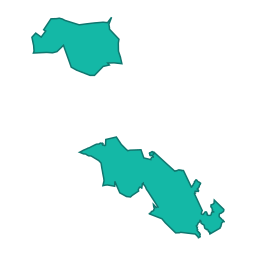 outline of Nejapa de Madero, Oaxaca, Mexico, rotated 89°
{"feature_id": "50627088B21125637021022", "entity_name": "Nejapa de Madero", "entity_type": "district", "adm_level": 2, "iso_a3": "MEX", "parent_name": "Mexico", "parent_adm1": "Oaxaca", "projection": "mercator", "projection_center": [-95.677, 16.669], "detail": "fine", "context": "isolated", "style": "filled", "palette": "teal", "viewbox_px": 256, "rotation_deg": 89, "n_neighbors": 0, "source": "geoboundaries", "source_scale": "gbopen_adm2", "svg_char_len": 5591}
<svg xmlns="http://www.w3.org/2000/svg" viewBox="0 0 256 256"><g transform="rotate(89 128 128)"><path d="M223.3,33.5L223.2,33.5L222.8,34.1L222.5,34.3L221.9,34.5L221.8,34.9L221.7,35.2L221.3,35.6L220.7,36.0L218.4,38.3L218.0,38.4L217.1,38.4L216.6,38.4L215.9,38.2L215.4,38.0L215.2,37.7L215.0,37.1L214.9,36.7L214.5,35.9L213.8,35.1L213.4,34.3L212.9,33.9L212.3,33.7L211.9,33.7L211.1,33.6L201.6,43.0L204.7,43.3L205.1,43.8L205.7,44.5L205.9,44.7L206.0,45.0L206.1,45.7L206.2,45.9L206.3,46.3L206.7,46.4L207.3,46.3L207.7,46.5L208.0,46.5L208.6,46.3L208.8,46.0L209.1,45.7L209.4,45.5L209.6,45.4L210.1,45.4L210.4,45.4L210.6,45.2L210.8,45.0L211.1,44.9L211.5,44.9L212.2,45.2L212.6,45.3L212.8,45.2L213.0,45.0L213.1,44.8L213.1,44.1L213.3,43.9L213.6,44.8L213.8,45.5L214.1,45.9L214.8,46.1L215.1,46.2L216.0,46.4L216.4,46.7L216.7,47.0L216.8,47.3L216.8,47.7L216.8,48.8L216.7,49.2L216.7,49.6L216.4,50.1L216.3,50.3L216.0,50.4L215.9,50.3L215.6,50.2L215.5,50.4L215.3,50.5L215.0,50.4L213.4,51.0L213.3,51.4L213.2,51.9L213.3,52.4L213.6,52.6L214.8,53.6L215.2,53.9L215.7,54.2L215.8,54.5L215.8,54.8L215.6,55.1L215.5,55.3L215.4,55.5L215.4,55.8L215.4,56.0L215.0,56.2L213.8,55.9L213.4,55.9L212.9,55.7L212.4,55.5L211.9,55.2L194.9,62.7L194.7,62.7L194.2,62.3L194.2,62.1L193.9,62.3L193.1,62.1L192.4,61.9L192.5,61.5L192.5,61.3L192.4,61.1L192.7,60.8L192.7,60.6L192.6,60.4L192.7,60.2L192.3,59.4L192.4,59.2L192.3,58.8L192.4,58.7L192.0,58.5L190.6,59.2L190.5,59.3L190.2,59.8L189.8,59.5L189.5,59.0L188.0,57.9L186.6,57.6L185.6,56.8L184.5,56.4L183.8,57.3L183.5,57.6L183.2,58.4L182.8,59.0L182.2,59.5L181.2,60.3L181.0,60.9L182.1,61.8L182.8,62.5L183.5,62.4L184.0,62.7L184.6,63.2L185.3,63.6L185.8,63.8L186.0,63.9L186.4,64.2L186.6,64.3L186.7,64.5L186.8,64.5L187.2,64.8L187.3,64.9L187.5,64.9L187.8,65.1L188.0,65.3L188.2,65.7L171.7,73.2L171.3,73.8L171.6,74.9L171.5,75.4L171.1,75.5L171.0,76.0L171.0,76.7L171.1,77.2L170.7,77.7L170.8,78.0L171.1,79.0L171.5,79.7L171.5,79.9L171.5,80.6L171.8,80.8L171.7,81.5L171.9,81.6L171.9,82.1L164.2,90.3L152.7,102.4L152.9,102.5L153.0,102.6L153.5,102.5L153.8,102.6L154.1,102.6L154.6,102.8L154.6,103.0L153.8,103.0L153.5,103.1L152.7,103.4L152.5,103.5L152.2,103.9L152.0,104.3L152.5,105.2L152.8,105.6L153.1,106.2L153.1,106.5L153.2,106.8L153.4,106.9L153.5,107.0L153.8,107.0L154.9,106.6L155.2,106.7L155.5,106.6L155.9,106.4L156.0,106.2L156.1,105.8L155.9,105.2L155.8,104.6L155.8,104.2L156.3,103.8L156.4,103.6L156.8,103.4L157.1,103.2L157.5,103.2L157.6,103.3L157.5,104.0L157.7,104.6L157.8,104.7L157.9,104.9L158.2,105.1L158.4,105.1L158.8,105.4L159.5,105.8L160.0,105.8L158.2,112.7L150.0,115.4L150.2,126.3L150.7,128.6L149.2,130.3L144.3,135.0L136.8,139.8L139.1,150.4L144.8,150.8L145.0,151.1L145.2,151.5L145.2,151.8L145.1,152.1L144.8,152.3L144.7,152.5L144.6,153.6L143.9,153.7L143.7,153.7L143.3,153.3L142.9,153.6L142.7,153.9L142.7,154.1L143.1,154.3L143.1,154.6L142.9,154.9L142.7,155.4L142.6,155.8L142.8,156.3L143.5,157.2L143.6,159.4L143.7,160.0L144.4,161.6L146.5,165.9L147.1,167.0L147.4,168.3L148.0,169.4L149.4,172.9L151.2,176.3L151.4,176.8L153.1,172.9L153.3,170.8L154.4,169.2L155.1,167.9L155.3,165.4L160.0,157.9L161.8,156.2L162.8,155.5L167.4,154.9L170.2,154.4L172.9,154.0L178.0,153.1L180.4,152.9L185.2,154.1L184.7,151.5L184.6,149.5L186.0,142.3L181.1,142.1L192.7,137.3L196.5,130.7L197.0,126.7L195.6,125.2L191.2,118.5L189.7,118.8L187.4,117.5L187.4,116.4L188.1,115.7L188.3,115.3L187.9,115.2L185.1,114.8L184.0,114.6L183.4,113.7L184.3,113.7L186.8,111.7L188.4,111.1L188.9,110.9L189.5,110.6L189.8,110.5L191.3,109.4L207.1,99.6L207.4,99.5L207.3,99.9L208.0,101.2L207.7,101.4L204.9,103.9L207.6,103.6L207.8,103.3L208.0,103.0L208.6,102.9L209.2,103.2L209.5,103.5L209.9,103.6L210.4,103.5L210.6,103.7L210.9,104.0L211.1,104.3L211.4,104.5L211.6,104.8L211.7,105.1L211.8,105.7L211.9,106.0L212.2,106.2L212.9,106.5L213.3,106.7L213.5,107.0L213.8,108.1L214.0,108.2L214.3,108.1L214.4,107.7L219.3,95.7L223.4,92.4L226.1,89.7L233.7,82.2L233.6,78.2L233.2,77.2L235.2,62.6L238.0,59.9L239.0,59.5L239.0,59.4L238.8,59.0L238.3,58.5L238.1,58.1L238.1,57.8L237.8,57.7L237.6,57.8L236.2,58.1L235.7,57.7L235.2,57.8L234.8,58.1L234.0,58.4L233.9,58.7L233.8,59.3L233.1,59.3L232.9,59.5L232.6,59.9L232.4,60.1L232.1,60.5L231.8,60.6L231.4,60.6L231.2,60.3L231.0,60.2L230.9,60.1L230.2,60.5L229.9,60.6L229.6,60.6L229.3,60.7L228.5,60.4L228.5,60.9L227.4,61.3L227.1,61.4L226.8,61.1L226.6,60.8L225.9,60.2L225.1,59.9L224.8,59.8L224.6,59.7L224.4,59.6L223.8,59.1L223.6,58.7L223.4,58.4L223.1,58.1L222.8,57.9L222.4,57.9L221.6,57.6L221.7,57.2L221.9,57.3L222.2,57.2L222.8,56.8L223.1,56.6L223.8,56.7L224.3,56.6L224.8,56.1L224.9,55.8L225.5,55.2L225.7,54.8L225.8,54.5L226.0,54.2L226.3,53.9L226.6,53.7L227.1,53.4L227.8,53.4L229.0,53.1L229.6,52.9L230.4,51.9L230.6,51.4L230.9,51.2L230.7,50.8L230.7,50.6L231.2,50.0L231.6,49.8L232.0,49.6L232.6,49.5L232.8,49.3L232.9,48.9L233.1,48.7L233.5,48.7L233.6,48.3L233.6,48.2L233.8,48.0L234.3,48.1L234.5,48.1L234.2,47.6L234.3,47.3L234.4,47.2L235.1,47.4L229.7,37.7L229.3,37.7L229.1,37.7L228.7,37.4L228.5,37.1L228.2,36.9L227.8,36.8L227.5,36.8L226.7,36.5L226.0,36.3L224.8,36.2L224.5,35.8L224.2,35.6L223.6,35.0L223.4,34.6L223.3,33.7L223.3,33.5ZM63.6,133.0L58.4,134.1L57.2,134.3L51.1,136.2L42.9,136.2L39.1,135.5L28.9,144.8L27.3,144.8L24.0,145.3L17.0,142.5L22.3,146.6L21.8,151.0L22.4,160.1L23.2,168.1L24.0,175.0L19.3,189.2L17.9,191.7L17.0,194.8L17.4,197.4L17.5,203.1L28.3,210.6L29.6,208.6L35.6,213.2L31.5,218.6L35.6,222.5L44.0,220.9L49.5,220.6L51.4,221.3L51.0,207.9L51.5,202.1L50.4,197.7L44.2,191.1L61.0,185.4L66.2,183.7L69.4,178.1L74.7,165.1L74.8,160.6L66.0,151.8L64.7,145.6L62.7,147.2L62.6,140.7L63.6,133.0Z" fill="#14b8a6" stroke="#0f766e" stroke-width="1.5"/></g></svg>